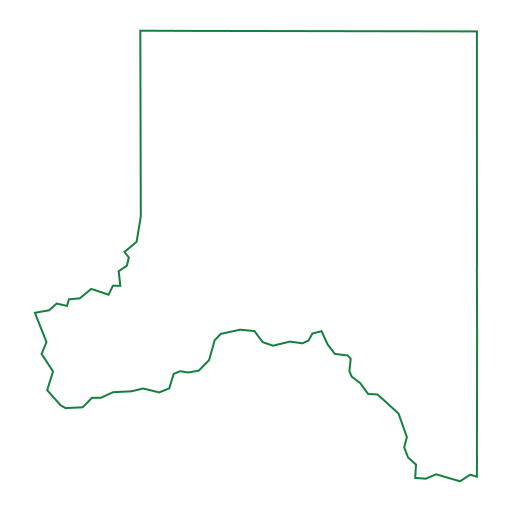 outline of Whitman, Washington, United States of America
{"feature_id": "52423323B58326499473481", "entity_name": "Whitman", "entity_type": "district", "adm_level": 2, "iso_a3": "USA", "parent_name": "United States of America", "parent_adm1": "Washington", "projection": "mercator", "projection_center": [-117.62, 46.839], "detail": "fine", "context": "isolated", "style": "outline", "palette": "green", "viewbox_px": 512, "rotation_deg": 0, "n_neighbors": 0, "source": "geoboundaries", "source_scale": "gbopen_adm2", "svg_char_len": 1089}
<svg xmlns="http://www.w3.org/2000/svg" viewBox="0 0 512 512"><path d="M476.9,102.4L476.9,87.7L476.9,73.1L476.9,61.6L476.9,49.6L476.9,31.4L190.4,30.9L140.3,30.7L140.8,216.3L136.6,241.8L124.5,251.9L128.8,257.4L126.9,265.7L118.7,271.2L120.3,285.8L112.9,285.7L108.6,294.7L91.2,288.9L79.9,298.3L68.9,299.3L67.0,305.9L56.6,303.6L49.1,310.3L34.9,312.8L46.5,342.1L41.6,353.9L53.0,371.4L47.2,390.2L60.6,405.3L65.6,408.1L82.7,407.3L92.0,397.8L100.7,397.8L113.1,392.2L131.4,391.3L143.2,388.5L159.2,392.4L169.2,388.4L173.7,373.9L180.1,371.2L188.4,372.5L198.8,370.6L209.1,360.1L214.6,340.4L220.7,333.9L240.2,329.7L254.5,331.1L262.6,342.1L273.0,345.7L289.8,341.6L302.5,343.3L308.5,340.6L312.4,333.5L321.6,331.2L327.6,344.4L334.9,353.9L347.8,355.5L350.7,358.8L349.4,370.9L351.6,376.5L360.2,383.1L368.1,393.9L377.6,394.5L398.5,413.5L406.9,437.1L404.2,447.4L408.1,457.5L416.0,464.6L415.2,477.9L425.8,478.7L436.1,474.3L460.0,481.3L470.3,474.7L476.9,476.7L477.0,457.2L476.9,453.6L476.9,452.4L477.0,415.3L477.1,330.9L476.9,269.4L477.0,263.9L476.9,102.4Z" fill="none" stroke="#15803d" stroke-width="2"/></svg>